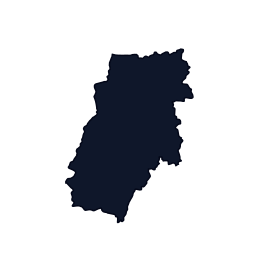 the district of Thong Nong, Cao Bằng, Vietnam, rotated 227°
{"feature_id": "81297802B64889817574793", "entity_name": "Thong Nong", "entity_type": "district", "adm_level": 2, "iso_a3": "VNM", "parent_name": "Vietnam", "parent_adm1": "Cao Bằng", "projection": "robinson", "projection_center": [105.937, 22.818], "detail": "fine", "context": "isolated", "style": "filled", "palette": "ink", "viewbox_px": 256, "rotation_deg": 227, "n_neighbors": 0, "source": "geoboundaries", "source_scale": "gbopen_adm2", "svg_char_len": 5774}
<svg xmlns="http://www.w3.org/2000/svg" viewBox="0 0 256 256"><g transform="rotate(227 128 128)"><path d="M67.2,140.1L67.9,140.4L68.7,141.6L68.7,142.2L68.4,143.1L67.8,144.1L67.7,144.5L68.0,144.7L69.2,144.5L70.2,145.0L71.5,146.2L74.1,147.6L76.9,148.8L77.5,149.4L77.9,150.1L77.9,151.7L78.1,152.3L78.9,153.6L80.2,154.9L80.9,156.4L81.1,158.6L81.4,159.3L81.8,159.5L82.2,159.6L83.0,159.4L83.3,159.2L83.9,159.3L84.4,160.2L84.9,160.1L86.1,159.6L87.0,159.6L88.1,160.0L92.0,162.6L92.9,163.0L93.4,163.0L94.8,162.6L95.2,162.6L95.9,162.9L96.4,163.7L96.5,166.6L96.3,167.6L95.4,169.2L95.5,169.5L97.2,171.0L98.0,171.3L99.1,171.3L101.4,169.6L101.7,169.6L102.3,170.4L102.8,170.8L103.1,171.0L103.5,171.0L104.4,170.7L105.1,170.6L105.6,170.8L106.1,171.2L109.9,175.2L110.5,175.4L111.2,175.4L111.8,174.9L112.4,174.9L112.7,175.0L113.9,176.8L114.4,177.3L116.1,177.9L116.6,177.9L116.8,178.0L116.8,178.3L116.4,178.5L116.1,179.0L115.6,181.0L115.3,181.7L114.9,182.2L114.0,183.0L111.8,185.2L110.0,186.5L109.5,187.1L109.4,187.5L111.0,188.9L111.3,189.5L111.2,190.0L110.7,191.2L110.2,191.6L107.8,193.4L106.7,194.4L106.3,195.1L106.1,195.8L106.2,196.4L106.7,196.9L108.3,197.9L111.0,198.6L112.0,199.2L112.9,200.5L113.2,200.7L113.9,200.4L114.9,200.2L116.2,200.3L118.6,200.9L119.2,200.9L119.8,200.8L121.5,199.2L123.0,198.0L123.7,198.0L124.6,198.6L125.1,199.4L125.4,200.5L125.3,203.9L125.5,204.4L126.6,205.8L126.9,206.6L126.7,208.4L126.9,210.2L127.3,210.7L127.8,210.8L128.9,210.5L129.4,210.6L129.8,210.8L130.1,211.2L130.1,214.2L130.2,214.6L130.5,214.7L131.3,214.5L132.2,214.2L132.7,214.1L134.5,215.2L136.2,215.5L136.7,215.8L138.0,215.0L140.3,214.0L141.1,213.9L142.5,214.2L145.8,217.9L146.0,218.3L146.1,218.9L146.1,219.8L146.4,220.6L147.0,221.4L147.6,221.8L148.0,221.7L149.7,220.4L150.1,219.0L151.2,216.9L151.1,216.2L150.4,215.4L150.3,214.9L151.9,212.9L152.4,210.9L152.7,209.9L152.9,208.7L153.0,208.5L153.4,208.2L153.9,208.2L155.0,208.6L155.7,208.8L156.5,208.7L157.7,207.5L158.3,205.5L158.8,203.9L159.0,202.3L159.0,201.7L159.3,201.3L161.7,200.1L162.3,200.0L164.1,200.2L164.5,200.0L165.2,199.0L164.9,198.3L164.6,197.9L164.3,197.3L164.4,196.1L165.0,195.1L165.6,193.6L165.7,192.7L165.6,192.3L165.2,191.6L166.0,191.1L167.7,190.4L168.2,190.1L168.6,189.5L168.8,188.8L168.7,186.3L169.0,186.0L170.4,185.0L171.4,183.8L171.8,183.5L172.3,183.4L172.6,183.4L173.5,184.1L174.2,184.5L175.9,184.3L177.1,183.1L178.6,181.2L179.2,179.7L179.8,178.9L181.8,176.8L185.5,172.8L187.7,170.5L189.8,168.6L192.5,166.8L192.2,166.3L191.2,165.3L190.4,163.4L189.6,161.9L188.3,159.1L186.4,157.1L185.2,156.6L183.8,155.5L183.1,155.0L183.0,152.9L182.6,152.4L181.9,151.9L180.5,151.0L180.0,150.9L179.9,150.7L179.9,150.3L179.6,149.5L179.8,148.0L179.7,147.7L179.3,147.5L178.0,147.1L177.3,147.0L176.9,147.0L176.9,146.9L176.9,145.8L176.7,145.2L176.4,144.5L176.4,144.2L176.7,143.6L177.3,143.1L178.1,142.2L178.6,141.0L182.0,134.6L182.2,133.8L182.2,133.4L181.9,132.5L180.8,131.4L179.8,130.9L177.3,130.0L176.3,129.4L175.6,128.4L174.5,125.9L174.3,125.0L173.9,124.5L171.9,123.7L169.4,122.5L166.5,120.7L164.2,119.1L163.4,118.4L161.6,117.8L161.4,117.4L161.1,115.9L160.6,115.7L159.7,115.6L159.3,115.2L159.0,114.6L158.9,113.5L159.3,110.5L159.6,109.6L159.6,109.0L159.3,106.7L159.3,104.8L158.7,101.5L158.0,100.1L158.0,99.7L158.0,99.1L158.4,97.8L158.5,96.9L158.1,95.5L157.6,94.9L155.2,94.1L154.7,93.6L154.3,92.9L153.9,91.5L153.1,90.1L151.8,88.4L151.2,86.7L150.9,86.2L149.6,85.5L149.1,85.0L149.0,84.4L149.0,83.8L148.8,82.3L147.8,81.5L147.1,80.7L147.0,80.0L147.1,77.4L147.3,76.4L147.0,75.6L146.6,74.9L145.8,74.2L144.6,73.9L144.2,73.7L143.6,72.6L142.8,72.0L142.0,67.8L141.0,65.2L141.9,63.0L141.9,62.2L140.6,59.8L140.3,59.1L140.1,57.9L139.7,57.5L139.3,57.4L138.5,57.6L135.4,59.0L133.2,59.7L132.1,59.8L131.5,59.6L131.1,59.3L130.6,58.7L129.5,55.5L129.5,54.9L129.9,52.6L130.3,51.5L131.9,49.5L131.9,49.0L131.9,48.3L131.5,46.9L131.2,46.0L130.2,45.1L130.0,45.4L129.0,45.7L122.8,45.7L121.9,46.0L120.4,45.9L119.9,45.8L119.6,45.5L119.4,44.6L119.4,43.2L119.2,42.5L118.6,41.9L117.3,41.3L116.0,40.7L115.2,40.2L114.5,38.9L113.7,38.0L113.3,37.8L112.8,37.7L112.0,38.0L111.0,38.0L110.7,37.9L110.1,37.5L109.8,37.1L109.2,34.5L108.9,34.2L108.6,34.2L108.2,34.5L105.8,37.8L104.3,39.3L101.6,40.7L99.4,40.6L98.1,40.4L97.2,40.6L96.8,40.9L95.1,43.5L94.3,44.5L93.1,45.4L91.5,46.1L90.8,46.7L90.4,47.6L89.3,51.1L88.4,52.8L88.2,53.4L87.7,53.7L86.3,53.3L85.8,52.9L84.6,52.8L83.7,52.9L82.9,53.3L82.0,53.9L81.0,54.8L80.4,55.1L80.0,55.0L74.5,58.9L73.6,59.3L72.9,59.3L72.4,59.3L71.8,58.7L71.4,58.7L70.5,59.4L70.1,59.5L69.4,59.2L68.3,58.3L66.2,56.1L65.9,56.1L65.5,56.7L65.4,57.6L65.6,59.7L65.6,60.0L65.4,60.2L65.2,60.2L64.4,59.6L64.1,59.7L63.7,59.9L63.5,60.8L63.5,61.6L63.6,62.0L64.3,62.7L65.4,63.5L65.7,64.0L66.1,65.5L66.3,66.9L66.7,68.0L67.9,69.6L68.2,70.1L68.5,71.3L68.9,72.2L70.4,73.4L71.3,74.4L71.9,75.9L73.2,78.4L73.5,79.6L74.2,81.6L74.7,83.5L75.5,85.4L76.6,86.9L77.0,87.7L77.5,90.1L78.2,91.2L78.2,91.5L77.9,92.0L77.4,92.5L74.7,94.4L73.9,95.6L74.1,96.2L74.6,96.7L75.6,97.5L75.8,98.0L75.6,98.4L74.6,99.0L74.5,99.3L74.3,100.2L74.5,101.7L74.7,102.4L74.7,103.3L74.9,104.0L75.4,104.5L76.2,105.0L76.5,105.7L76.7,107.8L77.1,109.8L77.3,110.8L77.7,111.5L78.8,112.0L80.5,112.6L81.9,112.9L83.9,114.9L82.3,117.3L81.8,117.8L80.5,118.1L80.0,118.4L79.4,119.0L79.3,119.4L79.4,119.6L80.4,120.9L80.4,121.3L80.1,122.2L80.1,122.7L80.6,123.7L80.8,124.7L80.7,126.1L80.7,126.5L80.8,126.7L82.4,126.5L82.8,127.0L83.5,128.9L84.1,130.0L85.4,130.9L85.5,131.1L83.6,132.9L83.3,132.9L83.1,132.8L82.2,131.6L81.7,131.6L80.8,131.7L79.9,131.4L79.8,131.5L79.3,132.3L78.0,133.8L77.1,134.6L76.5,134.6L76.0,134.6L74.7,133.5L73.8,132.9L73.7,132.9L73.4,133.3L72.6,134.9L72.0,136.8L71.3,137.5L70.6,137.9L69.9,138.1L69.0,138.0L68.3,137.5L67.8,137.4L67.6,138.4L67.6,139.4L67.2,140.1Z" fill="#0f172a" stroke="#020617" stroke-width="1.5"/></g></svg>